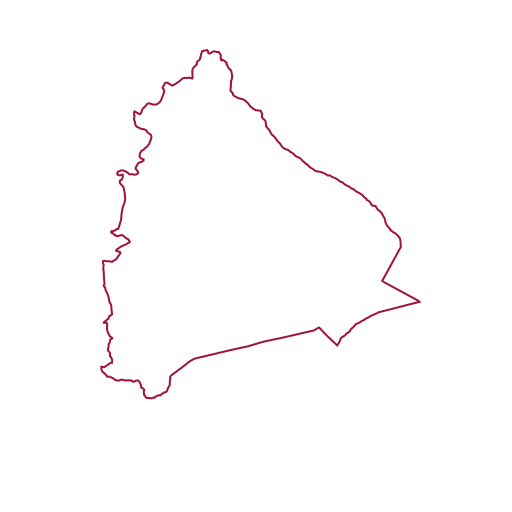 the district of Mt. Elgon, Western, Kenya, rotated 113°
{"feature_id": "3690345B65112986078037", "entity_name": "Mt. Elgon", "entity_type": "district", "adm_level": 2, "iso_a3": "KEN", "parent_name": "Kenya", "parent_adm1": "Western", "projection": "orthographic", "projection_center": [34.589, 0.959], "detail": "fine", "context": "isolated", "style": "outline", "palette": "rose", "viewbox_px": 512, "rotation_deg": 113, "n_neighbors": 0, "source": "geoboundaries", "source_scale": "gbopen_adm2", "svg_char_len": 6125}
<svg xmlns="http://www.w3.org/2000/svg" viewBox="0 0 512 512"><g transform="rotate(113 256 256)"><path d="M234.3,87.6L233.7,89.8L230.1,127.4L229.6,130.1L191.1,126.2L186.7,128.4L186.0,128.7L183.8,130.2L182.4,132.3L181.2,135.1L180.6,137.0L180.5,139.0L180.2,139.8L179.8,141.9L179.2,142.6L176.6,147.6L174.3,150.1L173.2,150.7L171.1,152.3L169.4,154.6L169.0,155.4L168.3,155.9L167.6,156.7L166.3,159.4L165.9,161.7L165.1,163.1L163.3,165.5L163.5,166.9L164.2,168.3L164.0,169.1L163.6,169.9L162.5,171.1L161.4,173.0L161.0,176.1L160.3,176.7L160.0,177.6L160.0,178.4L158.5,181.5L157.6,185.6L157.5,188.6L156.4,192.6L156.5,194.9L155.8,197.0L155.6,198.8L155.7,200.0L155.5,201.8L154.4,205.5L154.6,207.0L153.5,211.7L153.4,215.3L153.6,216.9L152.9,218.9L153.2,220.3L153.9,221.1L153.3,224.4L153.3,228.7L154.5,234.8L153.8,237.2L153.4,240.1L152.7,242.6L152.1,243.4L151.6,245.2L151.8,246.1L151.2,247.0L150.7,248.4L150.6,249.3L148.8,253.4L148.6,254.6L148.7,257.3L148.4,259.0L147.2,261.6L146.7,264.0L146.8,264.9L145.9,267.5L146.1,271.7L145.5,274.2L145.2,274.9L143.9,276.5L143.1,277.9L142.4,279.8L141.2,282.1L139.0,285.6L138.1,288.8L136.3,291.3L135.0,292.7L132.7,297.4L131.0,298.2L127.9,300.2L127.2,301.8L127.0,302.8L126.2,304.3L125.1,305.2L123.0,305.6L120.4,308.6L121.2,310.6L121.4,312.0L121.9,313.1L121.7,315.8L121.3,316.6L120.8,319.0L118.2,323.7L116.9,328.0L116.9,329.7L117.7,334.4L117.3,336.6L117.3,338.4L116.8,339.9L115.4,340.8L114.3,343.0L114.1,343.8L113.3,344.2L111.7,345.0L110.9,345.0L104.5,347.4L103.8,347.3L101.8,347.5L101.2,347.9L99.3,348.4L97.6,349.7L96.5,350.2L95.0,351.4L94.2,353.3L94.0,354.3L93.4,354.9L92.9,355.8L91.4,357.1L91.3,357.8L90.5,358.4L89.7,358.4L88.6,362.0L88.5,363.7L89.3,364.0L89.2,364.8L88.2,365.5L84.8,367.0L82.7,370.1L83.5,371.6L83.9,374.7L85.2,375.9L87.4,377.3L87.9,378.3L87.8,379.3L86.2,380.2L85.5,381.4L87.5,384.3L88.1,384.9L88.5,385.7L89.5,385.6L90.2,385.4L92.2,385.4L93.7,384.8L94.4,384.7L95.2,385.0L96.1,384.4L97.0,384.6L100.8,386.2L102.8,385.4L105.5,386.3L106.2,387.0L107.3,387.1L108.0,387.3L109.0,387.3L109.9,387.2L110.6,386.8L112.1,386.2L115.8,384.5L116.7,383.9L117.5,384.0L117.8,386.6L118.2,387.6L119.2,389.3L120.0,391.5L121.2,392.8L121.8,393.3L125.2,394.8L131.4,399.1L131.8,399.7L131.8,400.8L131.1,405.3L131.4,406.2L132.0,407.0L132.9,407.4L137.6,407.8L138.2,407.2L138.6,406.2L139.6,405.1L141.3,404.6L142.1,404.8L142.8,404.5L144.0,404.4L149.7,404.3L151.1,404.5L152.6,405.0L154.2,405.9L155.3,406.9L155.9,407.8L156.9,410.1L157.2,413.8L157.5,414.7L158.4,415.5L162.6,416.8L164.4,417.8L167.1,417.9L168.6,417.6L169.7,417.7L170.5,418.1L171.0,418.8L170.6,421.3L170.4,424.4L171.5,424.3L173.7,423.3L174.2,422.7L175.0,422.6L175.9,422.1L177.2,422.0L178.6,421.2L179.8,419.8L181.3,419.1L183.4,416.9L183.6,416.1L183.8,411.5L183.8,410.4L183.3,409.6L183.1,408.8L183.2,406.4L183.6,405.4L184.3,404.8L184.6,403.9L185.5,400.3L186.2,399.5L187.6,398.6L190.3,398.3L194.8,398.2L195.9,398.5L197.6,398.9L200.4,400.5L202.1,400.9L203.8,402.5L206.9,402.9L208.8,402.6L210.1,401.8L211.1,400.1L211.0,397.2L212.1,396.8L214.3,398.3L214.9,399.2L216.1,400.4L217.1,400.9L218.4,400.8L221.8,401.3L222.7,401.0L224.5,397.5L225.5,397.0L226.5,397.3L227.2,397.8L228.1,398.7L229.0,400.5L229.0,402.1L229.9,403.3L230.1,404.4L230.0,405.3L229.4,407.0L229.1,409.4L229.3,410.2L229.1,410.9L229.2,411.7L229.8,413.6L231.6,415.0L232.2,415.9L233.3,416.1L234.1,416.1L234.9,415.6L235.3,414.7L235.1,413.3L234.6,412.4L233.5,411.2L233.3,410.3L234.6,409.7L237.1,409.3L238.1,409.4L239.3,410.6L240.2,410.6L241.8,410.0L242.3,409.4L244.0,405.6L244.9,404.4L250.6,400.7L254.8,398.6L258.7,397.8L263.6,397.7L270.5,396.0L274.0,394.8L275.8,394.3L284.2,393.4L285.1,393.6L285.4,394.5L286.0,395.0L287.0,395.3L287.8,395.9L288.2,396.6L289.3,397.6L289.3,398.4L290.2,398.8L291.0,398.4L291.2,396.2L291.6,395.2L291.7,394.6L292.2,394.0L291.8,393.2L292.1,392.4L291.9,391.5L291.3,390.5L289.9,388.8L289.1,387.5L289.5,385.1L290.5,382.0L290.5,380.0L291.1,379.5L292.0,377.8L292.8,377.6L294.2,379.0L295.8,379.9L298.3,382.4L300.2,384.0L304.3,386.7L305.3,386.9L306.0,386.6L305.4,383.2L305.8,382.1L306.7,382.0L311.2,383.0L313.2,383.2L314.1,383.8L315.8,385.0L316.4,385.7L317.4,386.0L317.9,387.0L318.2,389.3L319.0,390.8L319.5,393.4L320.7,394.9L322.3,394.1L323.8,392.7L327.1,391.8L330.5,389.7L332.6,388.9L340.5,384.8L341.7,384.4L342.6,384.7L343.3,384.4L343.6,383.4L344.0,382.6L346.6,380.7L348.7,378.2L350.9,376.1L353.1,374.5L355.3,373.2L357.1,370.9L358.3,369.8L362.7,367.6L366.0,365.6L366.6,366.2L367.5,366.4L368.4,367.4L369.4,367.6L371.3,367.4L372.1,367.7L373.0,368.4L374.2,368.8L376.1,370.1L376.9,370.0L376.2,368.3L376.0,367.4L376.2,366.7L376.9,366.3L380.4,365.1L383.0,363.7L385.6,360.9L387.1,358.9L387.4,358.1L387.3,357.1L387.8,356.2L388.7,356.5L389.4,357.2L390.2,357.5L393.0,356.8L395.0,357.2L396.3,356.5L400.0,355.7L400.9,355.2L402.0,352.9L402.6,352.3L405.3,351.3L405.5,350.3L407.6,347.9L410.5,346.8L411.0,347.8L411.9,348.6L417.3,352.0L417.9,352.9L418.1,354.4L418.4,355.1L420.4,354.2L422.2,352.6L422.6,351.9L423.7,348.2L425.2,345.9L424.9,345.0L424.5,344.4L424.3,343.5L424.4,339.2L425.1,337.5L425.1,336.6L424.6,334.1L422.3,331.5L421.6,327.6L420.8,325.9L420.5,324.9L419.9,324.0L419.6,322.6L419.2,321.8L419.8,320.8L419.7,319.7L419.2,319.0L417.9,318.2L417.5,317.6L416.7,316.1L416.8,315.3L417.2,314.4L419.1,312.2L420.3,311.1L421.8,310.5L422.0,309.7L422.0,308.1L423.0,306.4L424.0,306.6L427.4,304.9L427.8,304.2L427.9,303.5L429.1,302.4L429.3,301.0L428.5,299.1L428.4,298.1L427.8,296.6L426.7,295.6L426.3,294.2L424.7,293.7L423.6,292.4L422.2,291.3L421.8,289.8L421.3,289.3L419.9,288.9L418.1,287.5L417.2,287.0L416.7,286.0L415.4,285.3L414.5,285.2L412.7,285.5L408.8,285.0L407.6,285.2L406.0,286.1L403.2,286.8L400.7,287.8L399.1,287.4L387.3,280.5L382.1,277.7L378.6,275.6L374.9,272.8L373.2,270.7L352.0,241.9L342.3,228.2L332.1,215.8L319.9,198.4L301.8,173.5L298.1,170.9L297.2,169.9L301.9,159.0L306.6,146.3L302.4,145.6L299.7,145.8L298.5,145.7L297.5,145.3L294.0,142.9L292.3,142.5L288.8,140.2L286.6,140.2L283.9,138.9L283.3,138.5L280.4,137.7L279.4,137.1L276.4,134.4L274.4,133.2L272.5,131.4L270.0,129.9L268.5,128.4L267.6,127.8L266.6,127.3L260.9,121.8L260.2,121.5L234.3,87.6Z" fill="none" stroke="#9f1239" stroke-width="2"/></g></svg>